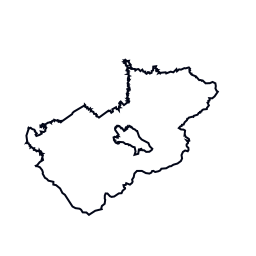 Bogor, Jawa Barat, Indonesia (Albers equal-area conic projection), rotated 325°
{"feature_id": "22746128B99423643145371", "entity_name": "Bogor", "entity_type": "district", "adm_level": 2, "iso_a3": "IDN", "parent_name": "Indonesia", "parent_adm1": "Jawa Barat", "projection": "albers", "projection_center": [106.799, -6.545], "detail": "fine", "context": "isolated", "style": "outline", "palette": "ink", "viewbox_px": 256, "rotation_deg": 325, "n_neighbors": 0, "source": "geoboundaries", "source_scale": "gbopen_adm2", "svg_char_len": 5811}
<svg xmlns="http://www.w3.org/2000/svg" viewBox="0 0 256 256"><g transform="rotate(325 128 128)"><path d="M170.4,85.8L169.0,85.0L167.0,85.1L167.5,83.6L164.7,81.6L165.3,81.0L163.8,79.9L166.1,79.6L165.4,79.4L166.0,78.2L165.3,77.5L165.7,77.0L166.4,77.3L166.2,74.4L167.3,73.5L165.5,72.6L164.9,70.5L164.3,70.6L164.7,71.2L163.9,70.6L164.0,71.1L163.4,71.1L163.9,71.5L163.6,72.3L162.7,71.9L163.2,72.8L162.4,72.9L163.2,73.9L162.4,75.0L162.8,75.8L163.5,75.8L162.6,76.1L163.2,76.7L162.4,77.4L162.8,78.4L160.7,79.4L161.1,80.4L160.1,80.4L161.0,81.6L160.1,81.9L160.6,82.6L159.9,82.7L159.7,83.8L158.6,83.6L159.3,84.2L158.6,85.6L158.9,86.1L158.2,85.9L157.3,86.6L157.8,86.8L157.2,88.2L156.0,87.9L155.2,88.9L155.2,89.4L156.2,89.7L153.4,91.0L153.1,91.9L153.7,92.3L153.2,92.9L152.7,92.5L152.0,93.5L152.5,93.7L152.0,93.9L152.3,94.9L151.8,95.2L152.3,95.7L151.7,97.1L151.3,96.4L150.8,96.8L150.2,96.3L150.1,97.2L149.5,96.6L149.2,98.1L148.0,98.3L148.0,99.8L147.0,99.5L147.1,100.2L146.3,100.1L145.9,101.2L146.3,101.6L144.9,102.4L145.2,103.8L144.7,103.6L144.7,104.4L144.1,103.9L144.4,105.1L143.8,105.0L144.2,105.4L144.0,106.4L143.3,106.3L144.0,107.0L143.2,107.5L142.4,106.8L137.8,106.9L137.2,102.1L136.5,102.1L134.9,102.7L134.8,103.3L135.5,103.9L135.1,104.8L133.4,105.6L133.0,105.2L132.6,105.7L133.0,106.5L132.4,106.2L131.5,106.7L130.7,108.1L130.6,106.6L129.5,106.0L130.1,104.1L125.9,103.7L125.1,105.9L123.1,105.9L123.3,103.5L122.0,103.2L121.9,102.6L110.2,102.8L109.7,101.1L108.9,100.5L108.9,99.9L109.8,99.4L109.5,99.0L109.9,98.1L108.3,97.0L108.9,94.9L108.1,94.1L108.0,92.7L107.4,92.7L107.9,92.2L107.5,91.1L107.9,91.1L107.3,90.7L107.7,90.3L106.3,90.3L106.7,88.0L106.1,88.0L106.5,87.5L105.1,86.5L105.1,85.4L106.1,84.9L106.0,84.2L105.7,84.6L93.2,83.6L91.4,83.8L90.1,84.6L78.6,84.6L77.2,83.8L77.1,84.7L76.2,84.8L75.9,83.8L74.8,83.2L75.3,82.3L74.7,82.1L74.9,81.2L73.5,80.8L72.3,79.0L71.6,79.8L71.3,79.0L69.7,78.8L69.1,79.3L68.0,78.7L67.7,79.5L67.3,78.5L65.5,77.9L66.2,77.8L62.1,77.6L60.4,75.7L58.5,76.3L57.7,75.7L57.0,76.9L57.6,77.0L57.6,77.6L59.1,77.5L60.3,78.5L59.8,79.1L61.1,78.8L61.6,79.3L60.7,80.6L61.0,81.0L59.3,81.8L58.6,83.0L56.7,83.0L54.6,80.9L54.1,83.1L51.7,82.9L48.4,82.0L48.5,80.4L50.2,80.1L49.7,77.5L50.2,77.3L50.3,75.7L48.9,73.9L48.4,72.0L47.3,71.9L46.8,70.7L46.2,71.0L45.7,72.0L40.4,76.0L37.7,81.2L36.5,81.7L37.4,81.9L36.8,82.7L37.8,83.5L37.5,84.9L38.0,85.8L37.2,86.4L37.8,87.3L37.0,88.1L38.0,88.2L38.5,90.1L39.5,90.7L38.8,91.3L39.5,92.3L38.9,91.8L38.5,92.1L39.9,93.1L40.4,92.7L39.5,93.5L39.8,94.7L40.9,94.8L41.6,96.1L42.5,95.3L42.3,96.7L43.2,96.9L43.2,98.0L41.4,98.2L41.0,98.9L42.2,98.7L43.4,100.1L42.3,100.0L43.0,100.4L41.8,100.8L42.4,101.7L39.5,104.1L40.5,104.3L40.0,105.5L36.1,105.3L32.2,106.4L30.8,106.1L30.8,106.6L31.7,107.1L33.3,109.6L33.5,113.3L32.8,115.6L31.9,116.5L31.4,121.2L32.3,123.0L32.6,125.5L36.0,129.3L34.4,131.5L36.3,133.6L37.7,138.6L37.0,143.6L38.0,146.5L37.5,160.5L39.0,163.5L42.1,166.4L42.7,168.1L42.5,171.1L45.5,173.4L46.2,176.7L53.7,177.0L59.9,179.4L60.2,178.3L61.9,176.9L65.4,176.7L68.2,173.7L68.4,172.6L70.3,170.0L72.1,168.8L73.6,169.9L74.1,173.5L75.0,175.0L77.4,176.2L83.0,176.3L85.3,177.7L87.6,176.3L90.8,176.0L91.2,175.3L90.8,174.0L91.5,172.2L93.5,173.3L94.9,172.2L97.1,175.5L99.7,175.3L101.0,174.6L101.8,172.6L104.4,171.6L107.1,169.0L110.7,168.3L114.8,171.2L116.8,175.2L119.4,177.6L121.6,177.9L123.0,177.1L124.2,177.7L125.0,179.6L128.1,180.9L130.0,181.2L132.0,180.5L136.2,182.9L140.0,183.2L141.4,184.0L144.1,184.1L148.2,185.5L152.4,185.4L154.8,184.0L156.3,180.9L159.3,179.1L161.9,179.2L163.6,181.3L165.0,180.7L166.1,178.8L165.6,176.9L166.0,175.8L166.7,175.0L168.4,174.8L169.0,174.1L168.9,171.9L170.0,173.5L170.9,173.6L171.6,171.8L170.1,168.2L170.8,166.1L170.4,166.1L173.3,162.8L172.6,161.2L170.6,159.6L169.6,157.2L171.9,156.7L173.2,157.1L174.0,156.3L175.5,157.1L177.7,155.8L180.8,155.4L181.8,154.4L182.8,154.8L183.8,154.4L187.3,155.7L187.9,156.4L189.0,155.8L192.6,157.0L194.6,156.2L195.9,156.8L196.3,156.1L197.6,156.6L198.4,156.0L200.3,156.0L203.4,157.7L204.2,156.8L207.2,155.9L207.7,152.8L209.0,152.9L209.5,151.8L210.6,152.1L211.5,151.3L211.7,150.2L214.0,152.0L217.0,151.8L222.4,149.8L221.9,148.3L222.3,145.8L224.0,144.0L225.2,141.5L223.7,138.8L220.7,138.2L217.2,135.9L216.4,131.9L215.5,131.7L215.2,130.5L213.8,129.6L213.3,125.1L212.8,125.1L213.0,124.3L210.9,121.1L211.2,120.0L210.6,119.9L210.5,117.5L211.0,116.6L211.8,116.5L211.7,115.5L212.8,115.1L212.6,113.3L209.4,112.2L208.5,111.3L204.9,110.6L203.5,109.3L200.7,109.6L201.4,107.6L197.1,108.4L195.2,106.3L190.6,105.2L190.8,104.0L187.5,102.1L186.5,101.6L184.8,102.1L185.8,101.6L185.4,100.6L184.6,100.5L185.7,99.9L185.5,99.1L185.1,97.8L184.8,98.5L183.8,97.7L184.1,97.2L185.4,97.3L184.6,96.6L185.5,96.1L184.6,94.8L186.4,93.5L183.9,92.2L181.6,95.2L180.1,94.9L179.0,96.3L177.2,95.9L177.2,94.6L176.5,94.5L176.5,93.7L176.3,93.6L174.3,94.3L174.2,94.2L173.8,92.6L174.4,91.7L172.9,90.7L173.2,88.4L170.8,88.5L170.4,85.8ZM118.2,120.2L120.4,119.9L120.8,120.9L121.5,120.8L122.1,121.6L122.2,123.8L122.5,123.6L123.1,124.9L123.1,128.2L124.5,128.3L124.5,127.7L126.0,126.7L126.0,128.0L126.8,128.2L127.4,126.6L129.0,126.3L129.0,127.4L130.2,127.3L130.5,128.1L130.7,127.7L131.5,129.2L131.7,131.6L132.7,132.9L133.4,135.7L134.0,135.0L132.1,141.6L132.6,145.3L136.1,152.0L135.3,155.5L136.0,159.0L134.9,159.6L131.9,159.7L129.2,158.0L128.4,155.5L126.8,154.3L127.0,151.9L126.1,153.3L125.6,153.2L125.9,152.6L124.6,151.8L121.6,155.0L118.0,153.7L120.7,151.6L122.4,147.6L121.0,146.0L119.8,142.7L118.9,142.6L118.7,141.1L116.8,139.7L116.0,137.0L112.9,134.4L111.6,134.7L111.6,135.3L110.8,135.1L110.2,134.1L111.1,133.5L109.5,132.8L109.6,130.2L110.1,130.3L109.8,129.8L110.8,127.4L112.2,127.6L113.4,129.4L114.1,128.7L114.4,129.6L115.0,128.7L115.5,129.1L115.4,128.4L116.4,128.1L116.4,122.3L117.0,121.1L118.4,120.9L118.2,120.2Z" fill="none" stroke="#020617" stroke-width="2"/></g></svg>